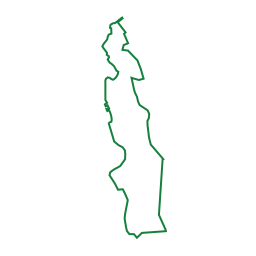 Seo-gu [West District], Busan, South Korea (Robinson projection), rotated 168°
{"feature_id": "91817680B65504384218086", "entity_name": "Seo-gu [West District]", "entity_type": "district", "adm_level": 2, "iso_a3": "KOR", "parent_name": "South Korea", "parent_adm1": "Busan", "projection": "robinson", "projection_center": [129.018, 35.1], "detail": "fine", "context": "isolated", "style": "outline", "palette": "green", "viewbox_px": 256, "rotation_deg": 168, "n_neighbors": 0, "source": "geoboundaries", "source_scale": "gbopen_adm2", "svg_char_len": 1531}
<svg xmlns="http://www.w3.org/2000/svg" viewBox="0 0 256 256"><g transform="rotate(168 128 128)"><path d="M102.5,173.0L103.2,182.8L104.7,192.1L111.9,203.7L114.5,204.6L117.2,205.6L115.0,210.0L110.3,210.9L112.3,220.9L110.5,222.0L116.1,233.6L110.5,236.4L110.8,237.2L118.9,233.3L120.3,233.5L121.0,233.5L123.5,232.7L124.1,231.8L124.7,229.5L123.7,229.0L124.6,223.8L127.5,223.3L129.1,221.0L129.8,219.1L131.7,217.5L133.9,215.7L135.1,214.5L136.1,213.2L135.5,211.5L132.9,205.8L133.6,204.0L131.9,202.3L131.9,201.1L133.6,199.3L132.9,197.0L132.1,195.5L130.8,194.2L128.8,191.4L127.4,186.6L126.8,186.0L125.8,185.0L126.8,182.7L128.5,180.7L130.2,179.3L132.6,178.3L134.1,179.3L135.4,180.8L137.3,181.7L139.2,180.8L140.2,179.4L144.3,160.1L143.2,157.0L145.7,155.9L145.3,153.8L143.3,154.5L142.5,151.4L145.2,151.1L144.7,148.9L142.8,149.5L142.2,146.7L141.9,142.8L142.2,139.4L143.0,137.6L146.0,137.0L145.9,137.0L144.3,117.6L140.8,113.2L137.2,110.2L135.7,106.7L136.1,103.0L137.4,98.0L143.4,92.5L146.6,91.4L149.0,90.8L151.9,89.7L154.6,88.4L155.9,85.6L152.3,76.2L150.6,69.7L145.9,69.2L144.8,65.3L143.2,57.6L143.7,56.3L145.2,52.8L148.7,44.6L150.1,40.2L150.5,32.0L150.5,27.6L148.7,23.9L144.2,22.9L142.1,18.8L136.2,22.5L112.4,19.2L112.4,20.8L115.8,36.6L100.6,90.4L100.1,90.4L109.2,107.1L109.4,114.3L108.3,126.7L107.6,130.7L105.6,133.3L104.3,137.4L105.2,141.3L107.6,143.7L111.9,148.1L112.7,152.0L112.7,156.6L113.9,161.4L114.1,164.9L114.1,171.4L114.1,176.4L112.3,175.3L107.4,172.7L103.4,172.9L102.5,173.0Z" fill="none" stroke="#15803d" stroke-width="2"/></g></svg>